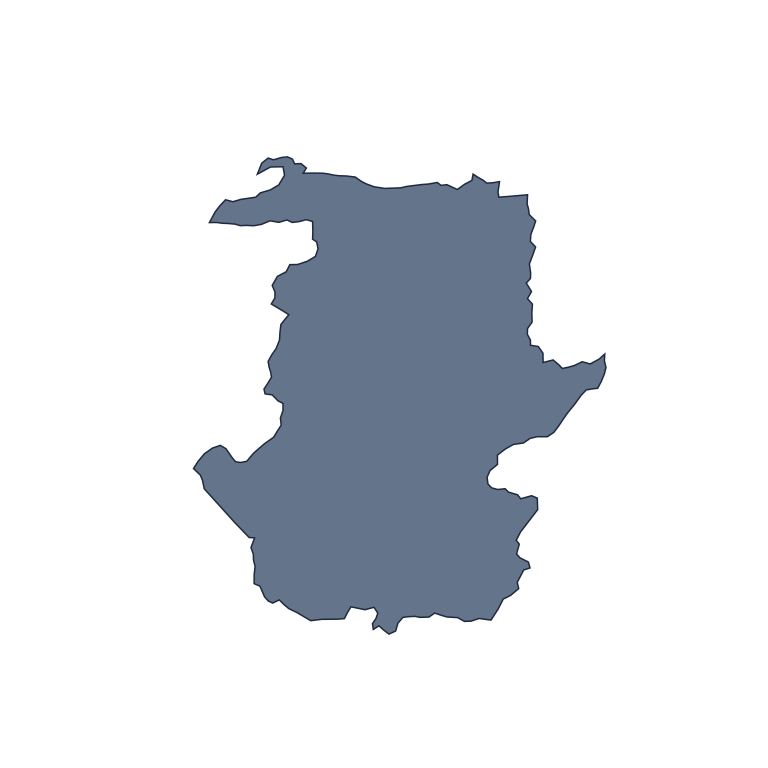 Barra do Chapéu, São Paulo, Brazil, rotated 45°
{"feature_id": "56859067B85491163367944", "entity_name": "Barra do Chapéu", "entity_type": "district", "adm_level": 2, "iso_a3": "BRA", "parent_name": "Brazil", "parent_adm1": "São Paulo", "projection": "equal_earth", "projection_center": [-49.1, -24.442], "detail": "fine", "context": "isolated", "style": "filled", "palette": "slate", "viewbox_px": 768, "rotation_deg": 45, "n_neighbors": 0, "source": "geoboundaries", "source_scale": "gbopen_adm2", "svg_char_len": 3230}
<svg xmlns="http://www.w3.org/2000/svg" viewBox="0 0 768 768"><g transform="rotate(45 384 384)"><path d="M351.7,148.7L342.9,159.2L333.1,170.7L328.7,167.5L322.6,159.2L318.6,164.8L314.5,169.4L310.0,169.8L304.7,171.3L298.6,172.6L302.2,177.9L299.8,185.5L298.3,194.6L292.2,196.9L287.5,198.6L283.9,203.2L279.2,203.8L273.8,211.5L270.2,215.6L260.9,227.5L256.9,233.7L246.2,245.2L237.6,251.5L230.3,254.9L224.9,256.7L217.3,258.0L210.2,263.6L205.0,268.5L200.1,272.3L195.8,275.0L191.6,278.3L184.5,285.2L177.8,292.1L176.4,286.2L169.5,286.8L165.1,291.5L160.3,289.7L155.1,291.7L151.5,296.1L147.3,303.6L142.3,306.2L141.4,314.4L146.1,325.2L150.3,310.8L159.0,301.8L166.1,306.8L168.8,317.7L166.4,327.1L161.4,336.3L161.2,342.6L152.2,354.7L148.3,361.9L141.7,365.8L141.9,374.0L142.9,381.6L146.4,393.3L151.5,388.1L156.1,384.6L160.3,380.7L165.6,376.3L170.5,373.6L174.5,369.2L180.0,364.2L184.5,357.7L188.1,349.1L195.3,344.1L199.4,336.6L204.8,334.7L209.0,329.4L212.9,322.7L218.6,319.6L225.9,326.5L231.1,332.1L235.9,331.1L241.8,335.1L245.3,342.3L243.0,351.4L238.4,360.6L233.0,366.2L235.5,373.8L232.5,383.2L235.2,393.3L241.8,396.0L246.0,400.3L247.7,407.1L253.1,405.8L260.5,403.9L267.7,402.3L268.3,408.8L269.0,414.8L273.8,420.9L279.1,426.9L282.7,435.4L283.9,442.3L286.1,450.0L291.0,453.4L295.4,455.7L299.6,458.7L301.3,465.5L302.7,472.4L306.9,475.1L312.7,470.7L320.8,470.9L326.3,469.2L331.3,474.1L334.8,481.3L340.4,485.8L341.7,491.8L343.6,499.6L341.7,510.8L341.2,517.6L340.7,525.2L341.6,535.8L338.0,541.0L334.1,543.9L329.0,543.5L318.0,541.5L311.6,543.2L308.0,550.7L306.3,560.3L307.2,569.9L309.1,578.5L318.7,578.3L324.0,580.6L331.0,585.2L376.3,587.5L397.2,587.9L401.3,584.3L405.6,593.7L411.9,596.7L416.0,600.6L421.9,604.2L426.9,610.5L433.3,617.0L439.3,614.7L449.9,618.9L455.7,619.3L460.2,617.6L462.6,610.7L469.4,610.7L475.6,610.1L484.3,607.1L499.5,603.2L506.4,594.4L513.0,587.7L518.0,582.5L521.9,577.9L519.6,570.8L518.2,564.9L530.1,557.1L534.8,549.0L541.6,550.4L544.1,555.4L545.3,561.6L550.0,565.1L551.4,558.6L557.8,558.2L564.4,557.3L566.9,550.4L563.0,543.3L562.4,535.6L566.6,530.4L570.2,526.4L574.4,523.6L580.6,517.0L581.8,510.2L587.9,507.1L593.3,504.2L601.3,497.1L608.7,495.0L613.2,490.2L617.0,482.6L626.6,475.3L623.9,462.6L620.4,451.8L623.0,443.9L623.9,433.4L618.5,430.1L614.3,416.7L617.3,410.8L612.0,407.8L602.9,410.8L597.9,410.4L592.9,401.6L588.0,401.0L585.2,392.2L582.8,374.0L581.5,364.2L573.1,356.3L567.4,358.6L561.8,368.5L556.8,367.9L548.5,372.4L543.7,372.4L539.0,378.2L533.6,381.3L528.2,381.2L522.8,377.0L520.2,370.2L521.1,360.6L514.5,354.1L515.7,344.5L518.2,335.3L524.3,327.1L525.8,319.0L529.8,312.7L536.8,305.8L538.3,298.0L537.0,289.1L535.4,281.3L534.2,274.1L533.1,263.2L531.4,252.8L531.2,245.2L534.4,240.6L538.1,236.0L535.9,228.7L532.5,220.6L529.2,215.3L523.4,211.7L518.9,206.7L518.5,214.3L515.6,224.1L508.4,228.1L505.5,236.4L502.6,241.6L499.1,246.9L494.2,246.8L486.6,247.4L481.3,256.3L474.6,249.8L466.6,248.4L460.2,253.0L456.5,249.4L450.2,247.5L446.2,243.2L445.0,235.6L438.2,229.1L432.5,222.6L425.1,222.2L422.9,214.3L413.2,212.0L413.0,205.9L409.3,201.9L401.9,196.3L398.2,188.1L394.3,179.9L386.7,179.7L382.1,174.4L378.6,166.7L376.0,161.5L366.9,161.5L362.2,157.9L358.0,155.6L351.7,148.7Z" fill="#64748b" stroke="#1e293b" stroke-width="1.5"/></g></svg>